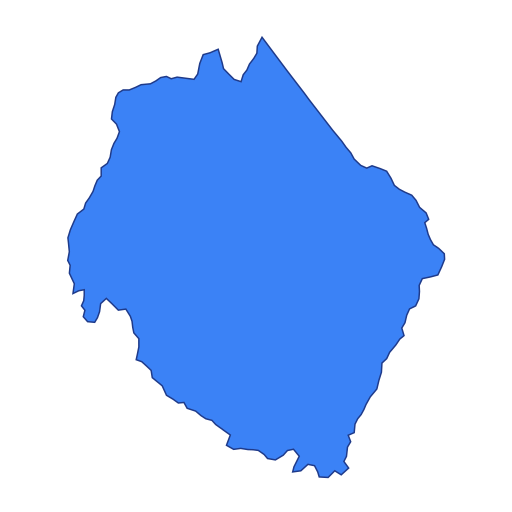 outline of Rinópolis, São Paulo, Brazil, rotated 182°
{"feature_id": "56859067B4040247009846", "entity_name": "Rinópolis", "entity_type": "district", "adm_level": 2, "iso_a3": "BRA", "parent_name": "Brazil", "parent_adm1": "São Paulo", "projection": "albers", "projection_center": [-50.712, -21.682], "detail": "fine", "context": "isolated", "style": "filled", "palette": "blue", "viewbox_px": 512, "rotation_deg": 182, "n_neighbors": 0, "source": "geoboundaries", "source_scale": "gbopen_adm2", "svg_char_len": 2380}
<svg xmlns="http://www.w3.org/2000/svg" viewBox="0 0 512 512"><g transform="rotate(182 256 256)"><path d="M437.6,212.1L431.9,215.1L426.5,216.3L426.3,210.6L426.6,205.3L428.7,200.1L425.1,195.8L426.5,189.3L422.0,184.5L414.9,184.1L412.3,188.8L410.4,194.9L409.6,203.0L404.1,208.4L398.2,203.2L391.7,197.1L384.2,198.4L379.5,191.4L377.6,186.4L376.7,180.4L375.4,174.9L370.2,169.3L369.9,161.0L371.1,153.7L372.1,148.2L366.5,146.4L361.4,142.1L356.8,138.0L355.4,130.8L345.2,123.0L340.6,113.7L334.1,110.1L328.5,106.4L322.9,107.1L319.5,101.4L310.9,98.9L305.3,94.5L300.5,91.6L294.3,90.2L290.4,86.2L281.3,80.1L275.4,76.2L278.9,65.8L271.6,62.0L264.6,63.2L257.4,62.3L252.2,62.3L246.9,61.8L240.9,57.9L237.4,54.0L229.5,52.9L221.8,57.9L217.8,62.7L211.8,64.2L205.8,57.4L210.7,46.6L211.8,41.5L203.7,42.9L196.8,49.6L190.2,48.5L186.8,42.4L185.1,37.4L176.2,37.2L169.8,44.1L163.2,40.3L156.0,47.3L161.0,53.7L158.6,58.9L157.9,68.2L154.9,73.7L157.6,80.1L151.7,82.9L151.2,91.4L148.7,96.9L145.4,101.2L142.8,106.4L140.9,111.4L136.9,119.2L130.6,127.3L128.8,136.2L126.6,144.2L126.4,153.4L121.8,158.0L119.1,164.4L113.2,171.9L109.4,178.0L105.3,181.6L107.8,189.1L104.8,194.5L103.3,202.1L100.7,208.5L94.7,211.7L91.7,218.9L91.4,226.2L91.9,232.3L89.0,239.2L80.9,241.2L73.6,243.4L70.1,251.7L67.4,259.3L67.9,264.8L73.7,270.0L79.1,273.4L82.2,278.4L84.7,283.7L86.5,289.7L88.5,295.2L84.7,298.7L87.5,305.0L94.2,310.3L98.0,317.2L102.5,322.2L109.5,325.0L115.1,327.7L120.2,331.4L123.8,338.4L128.4,345.3L135.0,347.7L143.2,350.2L148.4,347.7L154.5,350.2L161.3,356.3L164.9,362.4L169.9,367.9L174.2,373.6L183.8,384.4L208.6,414.3L213.4,420.4L231.3,442.1L257.6,474.8L262.0,465.8L262.2,458.7L265.1,453.4L269.2,447.6L271.6,441.5L275.1,436.7L277.0,429.7L284.0,431.7L289.4,436.7L295.0,442.1L296.6,448.0L298.6,454.0L301.0,461.3L309.3,457.4L315.8,455.4L318.9,446.5L320.6,435.8L324.1,430.4L341.1,432.0L346.9,430.2L351.8,432.3L357.5,431.0L362.3,427.4L367.5,424.4L376.8,423.2L382.3,420.3L388.5,417.5L394.6,417.3L399.2,414.3L401.6,409.7L402.5,402.5L404.6,395.2L405.2,387.9L400.0,382.9L396.8,375.5L399.0,368.8L401.9,363.6L404.2,357.2L405.2,349.6L407.8,343.3L413.8,338.7L413.5,330.5L417.3,326.2L419.5,320.4L421.1,314.9L424.6,308.3L428.1,303.0L429.7,296.9L436.0,291.7L439.3,283.7L442.4,275.8L444.6,267.6L443.8,262.1L442.7,253.7L444.0,245.0L441.4,240.2L441.9,232.3L436.6,221.9L437.6,212.1Z" fill="#3b82f6" stroke="#1e3a8a" stroke-width="1.5"/></g></svg>